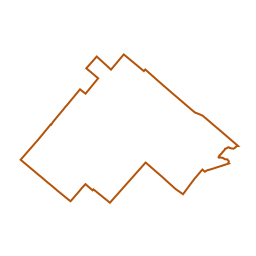 General Paz, Buenos Aires, Argentina, rotated 267°
{"feature_id": "61730980B14792793371960", "entity_name": "General Paz", "entity_type": "district", "adm_level": 2, "iso_a3": "ARG", "parent_name": "Argentina", "parent_adm1": "Buenos Aires", "projection": "orthographic", "projection_center": [-58.446, -35.474], "detail": "fine", "context": "isolated", "style": "outline", "palette": "amber", "viewbox_px": 256, "rotation_deg": 267, "n_neighbors": 0, "source": "geoboundaries", "source_scale": "gbopen_adm2", "svg_char_len": 2232}
<svg xmlns="http://www.w3.org/2000/svg" viewBox="0 0 256 256"><g transform="rotate(267 128 128)"><path d="M201.0,100.5L189.8,89.5L179.2,100.8L164.5,87.4L169.1,82.1L154.3,68.5L151.9,66.1L150.1,64.6L138.9,54.2L135.3,51.4L135.6,51.0L121.6,38.2L101.9,19.1L93.1,28.5L92.1,29.6L86.5,35.6L83.4,39.0L82.2,40.3L78.9,43.7L75.5,47.5L73.2,50.0L68.8,54.6L66.2,57.5L62.6,61.4L59.3,65.1L57.9,66.8L59.7,68.6L60.4,69.3L63.4,72.1L67.2,75.8L70.7,79.0L74.2,82.6L71.3,85.5L67.6,89.4L68.5,90.3L64.8,94.4L60.6,99.1L58.5,101.4L57.1,103.0L54.3,106.0L92.6,143.8L81.5,155.3L77.2,159.8L74.8,162.1L64.4,172.5L59.0,179.5L63.4,183.1L71.4,189.7L74.4,192.3L78.5,196.2L82.6,200.1L80.3,202.5L81.6,204.8L82.5,208.9L87.2,226.5L87.3,226.3L87.7,226.2L87.8,226.3L88.0,226.4L88.4,226.7L88.9,227.0L89.1,227.0L89.5,226.9L90.1,226.5L90.3,226.3L90.7,226.1L91.1,225.8L91.4,225.6L91.5,225.1L91.6,224.7L91.6,224.3L91.7,223.9L91.7,223.4L91.8,222.9L92.1,222.5L92.3,222.3L92.6,222.1L92.8,221.9L93.0,221.6L93.1,221.2L93.2,220.9L93.4,220.7L93.5,220.4L93.5,220.1L93.4,219.8L93.4,219.6L93.5,219.3L93.7,219.0L93.8,218.7L93.8,218.4L93.7,218.0L93.6,217.6L93.6,217.4L93.7,217.1L93.9,217.0L94.2,216.9L94.4,217.1L94.7,217.3L95.0,217.5L95.4,217.8L95.7,217.9L96.0,218.0L96.1,218.3L96.3,218.5L96.5,218.9L96.8,219.2L97.1,219.3L97.3,219.6L97.5,219.9L97.7,220.2L98.0,220.4L98.2,220.6L98.4,220.7L98.7,220.9L98.8,221.0L99.0,221.1L99.1,221.4L99.4,221.6L99.5,221.9L99.9,222.1L100.0,222.2L100.2,222.4L100.4,222.6L100.5,222.8L100.8,223.1L101.0,223.3L101.6,223.5L101.9,223.7L102.1,223.8L102.3,224.0L102.3,224.4L102.3,224.7L102.4,225.0L102.6,225.3L102.7,225.7L102.8,226.0L103.2,226.6L103.4,226.8L103.5,227.0L103.5,227.3L103.4,227.6L103.3,227.9L103.1,228.1L102.9,228.4L102.8,228.6L102.7,228.7L102.7,229.0L102.6,229.3L102.4,229.7L102.2,230.0L102.2,230.4L102.2,230.5L102.1,231.0L102.0,231.5L101.8,232.0L101.9,232.5L102.1,232.9L102.3,233.4L102.6,233.7L102.9,234.1L103.2,234.4L103.5,234.8L103.8,235.1L104.1,235.4L104.3,235.8L104.3,236.0L104.3,236.4L104.3,236.9L114.0,226.8L118.7,221.9L130.8,209.1L136.5,203.1L139.1,197.7L139.8,195.9L142.5,192.9L153.9,180.9L161.7,172.7L167.8,166.4L167.9,166.2L185.5,148.3L184.0,146.8L201.7,127.6L187.2,114.1L201.0,100.5Z" fill="none" stroke="#b45309" stroke-width="2"/></g></svg>